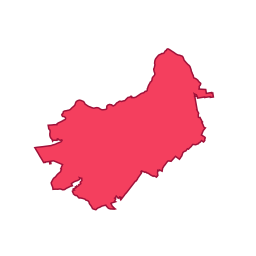 Cerro Azul, Veracruz, Mexico, rotated 117°
{"feature_id": "50627088B61816246956144", "entity_name": "Cerro Azul", "entity_type": "district", "adm_level": 2, "iso_a3": "MEX", "parent_name": "Mexico", "parent_adm1": "Veracruz", "projection": "mercator", "projection_center": [-97.762, 21.185], "detail": "fine", "context": "isolated", "style": "filled", "palette": "rose", "viewbox_px": 256, "rotation_deg": 117, "n_neighbors": 0, "source": "geoboundaries", "source_scale": "gbopen_adm2", "svg_char_len": 5785}
<svg xmlns="http://www.w3.org/2000/svg" viewBox="0 0 256 256"><g transform="rotate(117 128 128)"><path d="M205.9,102.6L205.8,103.5L205.6,103.8L205.4,104.9L205.1,105.3L204.9,106.4L204.2,107.3L202.9,109.0L202.5,108.8L199.3,105.6L199.2,106.8L196.8,106.7L196.6,107.6L196.4,107.6L196.4,107.9L195.9,107.6L194.0,107.6L195.0,104.8L193.9,104.2L193.1,104.1L193.1,103.0L193.0,102.6L194.1,102.8L194.5,102.9L195.3,101.8L190.0,100.8L187.3,100.4L187.2,100.3L187.2,100.2L185.9,99.9L172.1,97.3L171.9,97.2L171.7,96.8L171.5,96.7L169.3,96.4L168.3,96.5L166.2,96.2L162.2,95.6L161.1,95.8L161.3,96.4L160.8,96.7L160.1,96.4L160.1,95.9L159.9,95.3L159.8,93.6L159.8,92.9L159.4,92.8L159.2,91.5L159.5,91.0L159.3,90.5L159.2,89.0L159.6,86.4L159.6,83.6L158.9,83.2L158.8,80.3L157.9,80.4L157.7,80.0L156.5,79.9L155.7,80.6L154.4,81.4L152.2,82.3L152.2,81.1L151.1,81.2L151.0,78.0L148.1,78.9L147.1,78.8L146.3,78.7L145.4,78.7L144.4,78.4L140.2,77.7L139.2,77.3L138.8,76.6L138.1,74.5L131.7,72.8L132.5,68.0L132.2,68.0L131.7,67.8L130.7,67.7L129.4,67.6L128.5,67.4L126.0,67.8L125.1,67.9L124.7,67.8L123.9,67.5L123.1,67.0L122.6,66.5L122.3,66.1L119.5,65.6L119.4,64.5L118.2,64.2L115.8,63.3L113.3,62.9L112.6,61.3L112.4,60.6L112.1,60.0L110.7,58.8L110.3,58.3L109.3,58.1L108.0,57.3L105.8,56.8L106.2,54.4L105.7,54.3L105.5,54.1L105.2,54.2L104.3,53.9L102.8,54.7L102.5,54.6L101.7,54.7L101.3,55.4L100.9,58.8L100.9,59.4L96.1,59.8L92.8,59.1L92.9,60.2L92.7,60.7L92.4,61.2L91.1,62.6L90.8,63.0L89.7,64.5L88.8,64.3L88.4,65.4L87.6,66.2L87.1,67.1L85.9,68.6L86.2,69.0L86.4,69.6L86.4,70.2L84.1,71.5L82.8,71.7L81.8,73.2L80.6,74.8L80.5,74.6L69.6,82.8L69.7,83.0L68.3,83.6L67.4,84.5L67.5,83.2L67.3,82.2L68.8,81.7L68.2,80.8L69.8,79.6L65.6,73.8L66.0,73.5L62.8,69.1L63.4,68.6L61.6,66.0L58.3,68.4L58.9,69.2L58.4,69.6L61.6,73.9L58.4,76.2L61.1,82.4L60.6,82.6L59.9,82.6L59.1,83.3L58.0,83.4L57.0,83.1L55.9,83.2L55.2,83.5L54.7,85.5L54.3,86.5L53.7,87.5L53.3,89.5L53.3,91.1L53.5,92.0L52.9,92.7L51.5,93.8L50.7,95.0L49.7,96.0L48.6,97.4L47.5,98.2L45.1,100.7L44.5,102.0L44.2,103.5L43.3,106.0L42.7,107.3L42.3,108.5L41.9,109.0L40.7,110.2L39.8,111.3L39.4,112.2L39.7,115.0L40.1,116.1L40.3,117.7L40.2,119.2L39.8,121.8L39.6,124.2L39.4,125.5L39.3,126.9L39.3,128.1L39.7,128.8L40.5,129.2L41.5,129.0L41.9,129.5L42.4,129.8L43.5,129.9L44.4,129.9L45.1,130.1L45.9,130.8L46.1,131.5L46.6,132.0L47.6,132.4L48.3,133.2L49.2,133.8L52.1,134.5L54.0,134.8L55.8,134.6L58.3,133.7L59.1,132.9L60.1,132.5L62.7,131.9L63.7,131.9L64.4,131.5L65.2,130.8L66.0,130.2L66.5,129.5L67.2,128.9L68.2,128.4L69.3,128.4L70.2,128.7L71.8,129.1L73.1,128.9L74.2,128.5L75.1,128.3L76.0,128.4L77.1,129.0L77.7,128.9L78.5,128.9L80.2,129.0L81.9,128.9L83.2,128.6L84.4,128.6L85.3,128.1L86.1,128.0L86.7,128.2L87.2,128.6L87.4,129.3L89.5,130.0L90.4,131.1L91.4,132.0L96.9,135.0L98.2,136.4L99.2,138.5L98.6,138.6L98.2,139.1L98.3,139.8L99.2,140.1L100.1,140.9L100.8,141.9L103.1,142.7L104.4,143.0L105.2,143.4L106.1,144.6L107.2,145.6L107.8,147.5L108.7,148.2L109.8,148.7L110.7,149.4L111.7,149.7L112.7,149.8L113.8,150.3L115.0,151.1L115.2,152.3L114.7,153.0L115.1,154.0L115.3,155.0L116.5,156.3L118.0,156.8L119.2,156.4L119.9,155.9L120.8,155.8L121.8,156.6L123.3,158.8L123.7,160.2L123.7,161.5L123.5,162.6L123.5,163.4L123.7,164.3L124.2,165.4L125.0,166.4L125.9,167.4L126.3,169.4L126.4,171.2L126.6,172.5L126.6,173.7L126.4,175.3L126.1,177.2L125.2,178.4L124.6,179.6L124.8,182.5L125.2,183.9L126.0,184.8L126.7,185.4L127.9,186.1L129.5,186.1L131.0,185.8L132.2,185.8L135.7,187.2L137.7,187.8L138.4,188.3L139.4,189.3L139.6,189.7L140.6,190.8L141.6,192.2L142.7,193.0L144.8,192.6L145.4,193.0L146.4,193.0L147.4,191.6L146.9,190.1L146.9,189.6L147.1,188.5L148.0,187.8L148.8,187.8L149.4,188.1L149.8,188.5L150.6,189.2L151.1,189.3L152.1,190.0L152.3,190.3L152.6,190.4L155.2,192.5L156.7,193.2L157.3,192.9L158.7,195.5L159.0,195.9L159.8,197.1L161.8,200.4L163.6,199.0L164.3,198.6L165.0,197.7L165.2,196.8L166.1,196.0L167.4,195.4L168.5,195.1L170.0,194.3L171.1,193.4L171.9,192.4L172.8,190.2L173.7,189.5L173.9,189.2L173.0,189.2L172.3,187.9L171.2,185.6L170.6,185.7L170.4,185.8L170.3,186.0L170.0,186.1L169.6,185.8L169.5,185.5L169.5,185.1L170.0,184.2L169.8,183.6L169.6,182.7L168.7,181.7L168.8,181.2L169.7,181.2L170.9,181.5L173.9,184.2L175.6,185.5L177.5,187.6L178.5,188.4L183.3,195.4L185.6,198.9L186.1,199.7L187.8,202.1L191.3,196.5L193.1,193.8L195.4,190.0L197.1,187.4L196.2,186.1L195.9,186.3L193.5,182.8L195.4,181.4L194.7,180.5L192.8,181.9L191.0,179.4L190.5,172.7L190.3,169.7L192.6,169.6L193.8,169.4L194.9,169.4L194.9,168.6L197.6,168.3L198.3,168.6L201.0,169.7L202.5,170.1L204.1,170.3L204.6,170.4L205.5,171.0L206.5,171.4L207.7,171.6L211.7,171.6L212.9,170.6L214.6,168.6L215.5,167.8L216.7,167.0L215.6,165.2L214.4,162.7L213.4,161.3L213.1,160.8L212.9,159.8L212.7,158.2L212.5,157.8L211.7,156.6L211.3,156.3L210.0,155.7L206.8,153.3L206.3,153.0L206.0,152.8L205.2,151.8L204.7,151.3L203.3,153.2L201.9,152.5L200.1,151.4L198.9,150.3L197.7,149.1L195.5,147.7L194.7,148.1L194.3,148.7L194.0,146.8L193.8,146.4L195.7,145.3L195.8,145.2L196.8,145.6L198.0,145.9L198.2,145.5L199.0,144.8L199.4,144.9L199.7,145.1L200.2,145.7L200.8,146.1L201.0,145.6L202.0,146.0L203.1,146.5L203.2,147.0L203.1,147.4L203.3,147.4L204.0,147.1L204.3,147.1L204.2,148.0L204.5,148.2L205.3,147.6L205.9,148.0L206.5,148.3L206.7,148.7L207.4,149.2L207.7,149.0L207.8,147.8L208.3,148.3L208.5,148.3L209.5,148.9L210.3,148.1L210.8,147.3L211.5,146.7L211.9,145.0L212.0,144.3L211.4,142.9L211.9,141.8L212.6,139.8L212.0,138.8L211.5,137.3L210.9,134.2L211.4,132.7L211.1,131.6L211.1,130.4L211.7,129.1L212.9,128.1L214.3,125.3L215.4,123.6L215.9,123.1L215.9,122.0L215.4,119.5L214.6,119.2L214.1,119.1L212.9,118.5L212.5,118.2L211.5,117.2L211.3,117.0L210.8,116.8L209.2,115.6L208.1,114.3L206.8,112.7L207.3,112.0L208.3,109.4L208.4,108.5L208.1,106.9L207.0,104.5L206.6,103.6L206.3,103.0L205.9,102.6Z" fill="#f43f5e" stroke="#9f1239" stroke-width="1.5"/></g></svg>